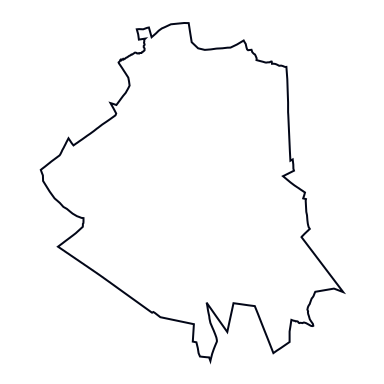 outline of Chicoasén, Chiapas, Mexico
{"feature_id": "50627088B12718244996247", "entity_name": "Chicoasén", "entity_type": "district", "adm_level": 2, "iso_a3": "MEX", "parent_name": "Mexico", "parent_adm1": "Chiapas", "projection": "equal_earth", "projection_center": [-93.109, 16.995], "detail": "fine", "context": "isolated", "style": "outline", "palette": "ink", "viewbox_px": 384, "rotation_deg": 0, "n_neighbors": 0, "source": "geoboundaries", "source_scale": "gbopen_adm2", "svg_char_len": 3885}
<svg xmlns="http://www.w3.org/2000/svg" viewBox="0 0 384 384"><path d="M210.4,361.0L210.7,359.6L212.2,353.7L213.8,349.1L215.1,345.8L216.9,341.6L216.9,340.2L216.4,337.6L215.2,334.3L213.6,330.3L212.7,328.3L210.4,322.9L209.5,318.7L209.2,316.0L208.6,313.4L208.3,311.9L208.0,310.3L207.7,308.4L207.4,306.4L207.1,304.7L206.6,302.6L207.9,304.5L210.6,308.3L215.7,315.6L227.3,332.0L229.4,322.1L232.3,308.8L233.5,303.2L241.5,304.3L248.5,305.3L254.8,306.1L258.0,314.0L261.7,323.5L264.7,331.1L267.1,337.1L269.9,344.2L273.4,353.1L276.9,350.6L280.6,348.2L289.6,342.0L289.6,335.7L289.6,331.5L290.6,325.2L291.2,321.1L291.4,319.9L292.2,320.2L294.0,320.8L294.4,320.8L295.0,320.9L295.6,321.4L296.2,321.3L296.8,321.2L297.9,321.6L298.7,322.8L299.4,323.1L300.1,322.8L302.2,323.0L302.6,323.1L303.4,322.6L304.5,322.6L306.2,323.2L308.2,324.3L309.8,325.2L310.5,325.6L311.4,326.0L312.8,326.1L313.3,325.8L312.9,323.9L311.0,321.2L309.8,319.3L308.9,316.1L308.2,314.1L307.9,312.1L308.1,311.3L307.4,309.6L307.9,307.3L308.7,305.5L309.7,304.1L310.3,302.3L311.2,299.8L311.7,298.5L312.8,297.2L313.6,295.9L314.2,294.3L314.9,292.6L315.3,291.8L334.0,288.6L343.2,292.1L301.5,237.1L301.8,236.6L302.1,236.4L304.5,233.9L308.4,230.2L309.8,228.9L309.5,228.4L308.7,227.2L308.2,225.4L307.8,223.5L307.4,220.3L307.0,215.2L306.3,211.9L305.7,200.7L306.0,199.1L303.2,198.4L303.7,196.8L304.2,195.4L304.6,193.9L305.0,192.5L294.3,185.3L290.6,182.5L283.0,176.2L294.0,170.7L293.4,168.7L293.3,164.6L292.7,159.4L290.4,160.7L289.9,151.3L288.3,115.4L288.1,112.2L288.1,102.6L288.0,99.9L287.7,91.3L287.3,79.2L286.4,66.9L285.6,67.0L285.0,66.9L284.1,66.6L283.0,66.1L282.3,65.9L281.1,65.6L279.2,65.8L277.9,65.1L276.5,64.4L275.0,63.9L273.3,63.7L272.0,63.8L271.7,61.6L271.2,61.5L270.4,61.8L269.4,62.3L268.2,62.3L266.1,62.6L265.0,62.4L263.1,61.8L260.3,61.1L258.0,60.5L256.5,60.1L256.6,59.5L256.6,58.1L256.3,57.5L255.9,56.4L255.0,54.5L254.3,54.1L253.7,53.7L252.3,52.2L251.5,49.8L248.1,50.2L247.1,49.4L246.5,47.5L245.7,43.9L244.6,42.2L243.7,40.5L237.0,44.5L230.5,47.6L227.4,47.7L222.3,48.3L216.4,48.6L210.9,49.4L204.8,49.9L198.1,48.3L191.7,42.2L190.2,32.9L188.7,23.1L184.1,23.0L170.9,24.3L164.7,27.2L163.1,27.9L161.9,28.4L158.7,30.7L156.0,33.4L151.6,37.2L148.9,27.5L147.0,27.9L143.2,29.3L139.1,29.1L136.8,29.3L138.2,34.4L138.9,39.6L145.3,38.6L144.2,39.7L144.3,41.0L144.1,42.4L144.0,42.8L144.5,44.1L144.6,44.8L143.8,45.8L143.7,47.1L144.6,48.5L144.5,50.4L142.9,51.8L142.3,51.9L141.5,53.0L139.8,53.0L139.0,53.6L138.3,53.2L137.2,53.5L136.4,52.9L135.8,52.7L135.0,52.6L133.8,53.4L132.8,54.1L132.3,54.4L131.8,54.7L131.4,54.5L130.2,55.5L129.3,55.8L127.2,57.3L126.2,57.7L125.3,58.4L124.9,58.8L124.4,58.9L123.6,59.5L123.1,58.9L122.5,59.5L121.4,60.3L120.9,59.5L120.3,60.0L119.8,61.3L118.6,62.4L118.9,63.3L119.4,64.0L122.3,68.3L124.0,71.0L124.5,71.7L127.2,75.9L128.3,77.6L129.0,81.2L129.3,83.4L129.6,85.6L129.1,86.6L128.1,88.6L126.1,92.1L125.9,92.6L123.2,95.8L121.5,98.1L120.9,98.9L119.9,100.3L116.7,104.6L116.4,105.0L112.5,103.7L110.5,103.1L113.5,108.4L116.2,113.5L115.5,115.3L108.8,120.1L105.9,122.1L102.9,124.1L101.9,124.8L97.9,127.9L96.9,128.6L93.9,131.0L90.2,133.7L87.1,135.8L82.4,139.2L78.9,141.6L77.4,142.7L76.3,143.4L73.5,145.4L71.8,143.3L68.5,138.3L66.2,142.7L65.7,143.8L64.6,145.9L63.6,147.9L62.4,150.0L61.7,151.6L61.3,152.4L60.4,154.2L59.6,155.4L51.5,161.4L44.9,166.7L42.0,168.9L40.8,169.9L41.9,172.9L42.9,175.4L43.1,181.0L49.7,191.6L54.6,198.4L59.8,202.9L63.4,206.9L66.9,208.9L70.0,211.5L72.6,213.6L75.3,215.2L77.0,216.2L78.7,216.8L80.5,217.5L81.5,217.9L83.5,218.1L83.5,221.4L83.4,223.1L82.9,223.9L82.9,225.2L82.8,226.8L75.8,233.2L72.7,235.6L66.3,240.4L58.0,246.7L93.4,270.8L99.5,275.0L106.8,280.2L127.4,295.0L151.9,312.6L152.1,312.7L153.3,312.0L154.7,312.8L160.1,317.0L160.4,317.2L193.9,324.2L192.8,341.6L196.4,342.3L197.8,348.1L198.6,353.2L200.0,356.5L202.4,356.8L206.3,357.2L209.1,357.4L210.4,361.0Z" fill="none" stroke="#020617" stroke-width="2"/></svg>